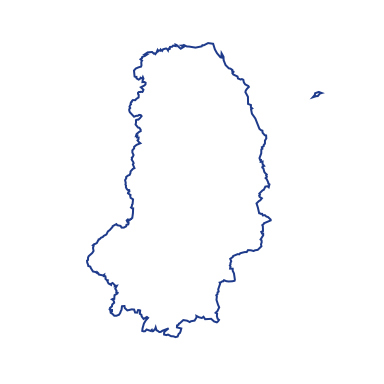 Annobon, Annobón, Equatorial Guinea, rotated 18°
{"feature_id": "11065452B47830871634702", "entity_name": "Annobon", "entity_type": "district", "adm_level": 2, "iso_a3": "GNQ", "parent_name": "Equatorial Guinea", "parent_adm1": "Annobón", "projection": "albers", "projection_center": [5.634, -1.431], "detail": "fine", "context": "isolated", "style": "outline", "palette": "blue", "viewbox_px": 384, "rotation_deg": 18, "n_neighbors": 0, "source": "geoboundaries", "source_scale": "gbopen_adm2", "svg_char_len": 6060}
<svg xmlns="http://www.w3.org/2000/svg" viewBox="0 0 384 384"><g transform="rotate(18 192 192)"><path d="M116.2,294.4L118.3,294.4L119.4,295.7L122.4,298.2L125.0,297.9L126.6,298.4L126.6,297.6L128.1,298.3L129.0,299.3L133.3,298.8L134.0,297.9L134.2,299.3L135.6,298.9L136.2,299.8L136.5,301.3L138.1,302.1L139.2,302.0L139.1,303.0L140.9,304.8L143.6,305.3L143.3,304.4L144.6,303.1L147.6,304.6L147.7,305.5L149.5,304.4L148.9,307.7L150.7,309.2L151.0,310.8L152.4,310.8L152.4,311.6L150.2,314.1L151.1,317.7L149.7,318.2L149.1,318.8L150.3,319.1L151.6,320.2L152.2,321.4L150.9,323.6L151.2,325.6L149.9,327.4L150.4,328.4L149.9,329.0L150.8,329.7L152.4,329.0L152.8,330.2L151.5,331.0L152.0,332.0L154.0,332.5L156.3,333.7L158.4,333.0L160.5,331.3L161.1,329.1L161.1,327.2L161.4,325.9L160.7,322.3L161.2,322.0L163.0,321.3L163.9,323.1L167.1,324.6L171.0,322.2L173.3,321.7L175.1,324.2L177.3,323.6L177.1,321.1L177.9,320.7L179.3,320.7L180.1,324.0L181.8,324.4L182.6,325.9L185.2,327.7L187.7,324.8L189.1,325.3L187.7,328.4L186.9,331.9L187.1,336.9L187.6,339.5L189.0,339.5L190.4,338.9L191.3,336.8L195.6,336.9L196.4,335.5L197.3,336.7L198.1,336.3L199.3,333.4L199.3,332.0L201.0,334.5L202.1,334.6L204.2,335.3L205.5,334.7L206.7,333.1L211.9,328.9L209.0,333.4L209.0,334.7L209.5,336.2L211.9,336.0L213.3,335.0L216.7,335.6L219.0,335.0L221.2,335.1L223.0,333.9L223.2,330.9L224.0,330.0L224.2,328.2L224.0,325.1L219.5,325.4L219.0,323.5L220.2,322.5L220.2,321.3L220.9,320.7L223.3,316.5L227.1,315.9L230.0,316.4L231.0,315.2L234.2,313.5L235.1,309.7L234.5,308.5L237.5,309.0L240.3,308.8L241.5,307.1L243.8,308.9L249.4,306.7L253.0,308.3L255.9,308.3L256.7,307.0L257.2,305.3L255.5,304.6L254.0,302.3L253.5,300.0L251.8,299.6L253.0,297.3L253.5,293.3L251.6,291.2L248.6,287.0L247.9,283.6L247.0,282.7L247.8,281.4L247.3,279.6L248.1,278.5L247.0,276.5L247.1,270.5L246.3,269.6L247.5,268.8L248.5,267.5L249.4,267.2L249.7,266.0L252.2,266.2L254.5,265.8L258.0,264.4L259.9,263.3L259.9,262.2L257.1,256.5L255.1,254.4L254.4,252.4L251.9,253.1L251.6,250.9L250.7,250.2L251.0,248.9L250.5,247.8L250.7,245.7L249.0,243.8L250.9,241.2L250.9,240.2L254.6,237.0L256.3,236.6L256.8,235.3L260.6,232.9L262.6,232.2L263.2,230.0L266.2,229.2L268.8,229.1L269.9,228.0L272.4,226.7L274.8,222.2L273.8,220.5L273.8,218.3L273.1,216.5L271.9,216.0L273.1,211.1L272.5,209.5L271.5,209.9L270.2,208.5L271.6,207.2L270.0,202.8L269.1,201.8L270.0,200.5L270.1,199.5L275.6,194.7L275.3,193.9L271.9,192.3L270.4,192.4L268.4,191.5L266.6,192.4L265.5,191.1L263.8,191.6L263.1,191.2L262.4,191.4L259.5,186.5L256.9,182.9L258.4,180.0L259.5,178.8L260.4,176.4L257.9,175.8L257.0,174.7L257.5,173.6L256.5,172.7L258.6,168.6L259.6,167.7L260.1,164.2L262.0,163.2L263.5,163.8L263.3,160.8L262.0,160.4L261.5,159.3L259.1,156.7L257.7,156.0L258.5,154.4L257.4,153.3L257.7,152.3L255.9,151.5L254.5,150.5L252.6,147.5L251.3,147.0L251.2,145.8L252.5,144.9L250.3,143.4L249.7,141.2L248.0,142.1L247.6,140.2L246.8,140.4L245.7,138.9L245.9,133.9L244.8,130.1L245.6,129.1L244.6,127.8L246.0,126.3L245.7,125.0L246.4,123.5L245.5,120.5L246.1,118.1L245.0,115.3L243.6,115.5L240.8,113.8L240.0,111.9L238.6,111.9L236.6,111.1L229.5,102.5L224.8,99.0L222.5,94.9L223.4,93.9L221.8,93.2L221.2,91.1L218.1,90.9L215.8,84.2L211.9,80.5L211.8,78.9L212.4,76.9L213.6,74.5L212.8,73.8L209.3,73.2L207.5,71.8L206.1,69.4L204.5,69.2L203.5,70.0L200.6,69.8L199.6,68.1L195.0,67.5L193.6,66.4L194.4,65.0L194.3,64.7L192.7,64.4L192.6,63.4L190.4,62.8L188.8,63.0L184.7,60.9L181.3,56.8L180.2,53.7L177.3,51.0L177.9,53.3L179.8,54.9L177.4,55.1L172.8,52.2L169.7,49.3L166.3,44.5L161.3,45.4L157.8,48.9L156.5,49.2L156.2,50.5L150.7,53.6L144.2,54.6L142.1,55.2L138.8,54.7L138.0,55.5L136.8,56.0L139.2,56.6L137.0,59.2L132.0,57.0L130.7,56.9L131.3,58.3L128.8,58.6L128.2,60.0L126.3,60.8L126.5,61.9L125.9,62.4L126.4,63.0L125.3,63.7L125.4,64.7L124.3,63.8L123.0,63.5L120.4,65.2L120.0,67.0L118.2,66.2L118.2,67.4L116.9,67.5L116.3,68.6L115.4,67.7L115.2,70.3L114.5,72.2L113.6,71.7L113.0,72.2L110.8,71.2L106.7,72.9L104.6,75.6L106.7,75.2L105.1,77.2L103.2,78.7L102.8,79.3L103.1,80.1L102.0,81.7L103.9,82.5L103.6,83.3L103.8,84.7L104.8,87.1L104.8,88.5L102.7,89.9L100.4,91.9L99.3,94.4L101.7,99.9L102.7,100.0L103.6,99.7L104.2,101.1L106.6,101.6L107.8,100.0L107.8,99.2L109.7,99.5L109.8,98.0L110.8,99.2L110.6,101.1L110.9,102.8L112.7,102.1L114.1,102.4L114.5,104.1L113.7,105.5L111.0,108.2L114.2,109.7L114.2,111.1L113.9,112.2L112.3,112.5L112.0,112.9L110.6,113.3L110.0,114.3L110.3,115.3L111.3,116.1L112.0,118.6L110.3,120.6L109.7,122.2L107.3,122.9L106.8,123.8L106.9,124.8L106.3,125.3L106.2,126.7L106.9,127.5L106.4,128.4L106.2,130.3L107.3,131.2L106.7,132.7L107.2,134.0L108.2,135.3L113.6,138.3L115.4,136.8L116.9,136.3L117.9,135.0L119.5,134.7L120.6,135.4L119.7,137.8L118.6,139.8L117.5,140.1L116.5,141.0L117.3,143.2L117.5,145.3L120.8,147.4L122.1,147.2L123.9,148.6L124.4,150.0L123.2,151.1L121.4,153.9L121.4,156.1L122.6,155.4L122.8,157.1L124.4,156.7L124.8,158.6L124.2,159.7L125.8,160.8L127.8,161.6L124.7,164.3L123.0,166.9L123.5,168.4L122.4,170.8L123.1,172.9L125.0,174.9L124.8,176.9L124.1,177.9L124.7,178.9L124.6,179.8L126.8,181.6L127.6,182.7L127.2,184.0L129.9,187.1L128.6,188.3L127.2,191.4L127.6,193.1L127.4,195.0L125.8,196.4L124.7,198.2L125.2,199.2L124.7,201.4L126.2,203.9L126.4,205.5L127.3,206.3L127.6,207.8L128.7,209.0L130.1,209.9L131.7,209.6L132.3,210.9L131.4,212.0L131.5,213.0L134.5,213.9L134.4,214.8L135.4,216.5L138.2,217.2L139.2,221.8L138.9,222.5L139.2,224.4L138.8,225.6L140.2,226.1L141.1,225.8L142.4,230.6L143.2,235.1L142.7,235.7L142.6,236.5L141.7,236.9L141.6,237.7L140.9,238.7L139.5,237.9L138.7,239.2L139.8,240.4L141.3,241.0L141.4,242.5L139.8,243.4L140.0,245.0L138.2,246.9L136.0,247.6L134.5,246.3L131.2,246.7L130.0,245.9L127.1,249.0L127.2,249.8L125.6,253.5L124.2,255.5L123.7,258.9L121.6,261.0L121.1,262.3L119.5,263.7L119.0,265.0L117.8,266.0L118.0,266.9L117.6,267.5L117.3,269.8L116.3,271.0L115.0,271.9L114.2,273.4L115.1,273.6L115.1,275.7L116.6,278.5L116.0,280.8L113.6,284.9L113.4,286.5L114.1,288.7L113.4,289.7L114.1,291.4L115.8,293.5L116.2,294.4ZM277.6,64.6L280.3,62.6L282.0,61.9L283.2,58.8L284.7,57.8L281.6,57.7L278.6,60.0L278.8,61.8L277.6,64.6Z" fill="none" stroke="#1e3a8a" stroke-width="2"/></g></svg>